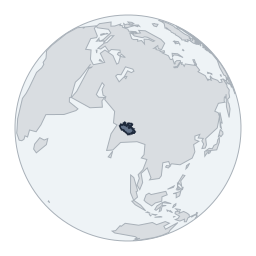 the Earth from above Madhya Pradesh, rotated 41°
{"feature_id": "IND-3261", "entity_name": "Madhya Pradesh", "entity_type": "State", "adm_level": 1, "iso_a3": "IND", "parent_name": "India", "parent_adm1": "", "projection": "orthographic", "projection_center": [78.282, 23.967], "detail": "fine", "context": "on_globe", "style": "filled", "palette": "slate", "viewbox_px": 256, "rotation_deg": 41, "n_neighbors": 0, "source": "natural_earth", "source_scale": "10m", "svg_char_len": 13917}
<svg xmlns="http://www.w3.org/2000/svg" viewBox="0 0 256 256"><g transform="rotate(41 128 128)"><circle cx="128" cy="128" r="113" fill="#eef3f6" stroke="#a8b0b8"/><path d="M164.2,21.3L167.0,22.4L172.2,24.5L168.8,23.3L180.7,28.6L186.5,32.2L178.1,27.4L175.8,26.4L178.8,28.3L177.2,27.7L177.7,28.4L175.4,27.7L170.7,25.3L169.2,24.9L171.4,26.3L170.5,26.7L167.5,24.6L165.7,25.2L157.4,22.1L151.1,18.4L144.7,17.3L133.4,15.5L132.6,15.6L127.8,15.4L125.1,15.5L123.8,15.5L122.8,15.7L124.5,15.7L124.6,15.9L123.2,16.1L121.2,15.9L121.7,15.8L120.4,15.9L120.0,15.8L119.4,15.9L117.2,15.9L117.2,16.2L113.6,16.5L112.8,16.5L115.7,16.1L116.8,15.9L124.8,15.4L132.8,15.5L140.8,16.1L148.7,17.3L156.5,19.0L164.2,21.3ZM176.4,26.4L174.5,25.5L176.9,26.6L176.4,26.4ZM178.2,28.6L179.2,29.2L179.0,29.3L178.2,28.6ZM175.4,28.5L174.8,28.8L174.6,28.0L175.4,28.5ZM115.4,16.1L112.9,16.4L115.4,16.1ZM173.9,28.7L172.4,29.7L174.6,30.8L167.6,28.6L171.1,28.2L170.6,27.1L172.2,28.1L173.9,28.7ZM125.7,15.7L123.8,15.6L126.7,15.6L125.7,15.7ZM127.5,15.6L136.3,15.8L138.4,16.2L135.0,15.9L138.8,16.6L135.5,16.6L132.7,16.3L132.0,16.0L131.3,16.3L127.5,15.6ZM163.9,27.4L162.9,27.4L163.1,26.9L163.9,27.4ZM124.9,16.0L126.5,15.9L128.4,16.2L125.6,16.4L125.9,16.2L124.9,16.0ZM141.4,16.8L142.4,17.2L140.0,17.3L140.0,17.5L135.6,16.7L141.4,16.8ZM124.7,16.2L124.1,16.6L121.9,16.7L123.5,16.1L124.7,16.2ZM130.1,16.2L130.9,16.4L129.6,16.3L130.1,16.2ZM113.7,17.5L115.6,17.1L116.7,17.2L113.7,17.5ZM124.1,16.7L124.8,16.7L125.5,16.8L124.7,17.0L124.1,16.7ZM134.2,16.9L133.0,17.0L135.9,17.3L134.2,17.5L131.6,17.0L132.0,17.3L131.5,17.4L130.0,16.9L134.2,16.9ZM125.8,17.5L121.9,17.2L118.2,17.7L117.1,17.6L123.2,16.8L125.8,17.5ZM128.4,17.2L126.5,17.3L126.1,17.0L127.0,16.7L128.4,17.2ZM134.0,18.0L137.3,17.7L137.7,17.8L134.0,18.0ZM124.8,17.7L125.8,17.8L124.6,17.8L124.8,17.7ZM131.3,17.9L132.4,17.7L132.9,17.9L131.3,17.9ZM126.8,18.2L125.6,18.0L126.2,17.8L126.8,18.2ZM129.0,18.1L129.4,18.4L127.2,17.8L129.4,18.0L129.0,18.1ZM131.6,18.1L132.3,18.1L131.1,18.1L131.6,18.1ZM125.2,19.4L122.3,18.7L123.6,18.1L126.3,18.8L125.2,19.4ZM16.2,115.7L19.6,97.3L21.3,92.7L23.9,85.7L37.1,71.6L37.2,74.9L44.5,78.7L45.0,80.4L41.2,85.0L44.4,96.4L48.9,93.3L54.6,100.8L60.3,103.0L67.4,93.8L58.1,89.8L59.4,84.3L69.1,83.2L77.6,87.2L78.3,85.2L75.3,79.0L79.7,76.5L74.6,76.6L74.9,79.1L71.7,79.4L71.2,77.2L72.8,76.3L70.9,74.5L63.9,79.7L63.4,82.8L57.0,81.2L55.6,86.3L53.0,87.6L54.4,79.5L56.1,77.2L56.7,67.7L54.3,69.9L53.6,79.2L52.7,77.9L49.5,81.5L51.3,77.7L52.6,67.5L48.5,66.3L38.9,72.6L37.4,71.7L38.0,68.0L45.7,59.1L48.3,62.4L51.1,59.7L54.2,54.4L54.7,56.0L56.3,54.4L57.7,55.6L63.1,53.5L65.0,54.5L70.6,50.2L72.4,50.2L68.5,52.7L66.9,55.1L72.1,58.1L74.1,57.7L77.3,54.8L78.3,56.2L80.8,53.1L85.4,53.8L81.8,50.4L85.5,47.5L90.2,46.3L90.8,44.8L83.1,46.8L80.7,48.3L79.6,50.4L72.3,54.4L69.8,54.2L75.0,48.1L72.0,47.3L77.3,43.3L94.7,39.5L100.1,40.0L101.9,46.9L98.6,48.2L96.4,46.3L95.3,50.8L96.9,49.1L97.7,50.4L101.5,48.4L102.2,49.2L104.5,45.9L105.9,46.8L104.4,48.9L111.1,47.0L114.9,48.5L116.0,47.7L116.2,46.4L120.9,49.3L121.5,48.6L120.2,47.4L120.6,45.2L123.2,42.8L124.7,43.9L124.0,44.9L124.7,49.1L122.5,52.0L123.4,52.2L125.6,50.0L124.8,44.9L125.9,43.1L126.8,45.4L126.5,44.4L127.6,43.9L130.0,44.6L129.2,42.1L138.5,36.2L144.1,37.3L143.9,39.6L151.9,37.8L157.6,39.9L156.4,38.6L159.5,37.3L157.7,36.6L157.4,35.9L164.4,33.2L167.2,33.7L168.9,31.7L168.3,31.2L166.3,30.6L167.6,28.6L174.6,30.8L175.7,31.9L179.4,32.8L181.2,35.4L184.5,38.1L184.3,40.9L186.9,43.1L188.1,43.3L192.5,46.7L197.4,53.7L188.3,47.3L179.8,38.1L182.8,41.6L180.6,40.7L180.8,42.0L183.0,44.7L184.2,45.0L180.0,50.1L182.5,58.4L186.0,57.3L189.5,59.3L195.3,69.4L193.6,85.1L198.3,89.3L199.4,92.5L197.3,95.0L195.6,90.4L192.2,89.3L191.6,86.5L187.5,89.5L186.4,85.7L183.8,90.2L186.2,93.0L190.2,91.5L188.4,97.5L194.1,102.1L196.2,108.6L191.4,121.6L184.4,126.4L184.2,128.5L180.7,126.6L177.1,131.4L184.5,142.2L184.7,145.6L178.3,153.0L178.0,150.5L168.7,145.5L167.7,153.7L174.8,159.5L177.3,166.8L172.2,165.1L169.6,158.6L166.3,156.6L166.6,149.6L162.9,139.4L157.7,141.9L157.6,137.6L151.6,129.3L143.8,132.4L131.9,143.8L131.0,154.5L126.6,159.0L119.0,143.5L117.7,132.9L113.7,133.7L107.0,124.2L91.8,121.8L90.8,118.9L87.7,119.6L83.2,116.0L82.0,111.2L78.8,110.8L82.1,123.5L85.7,124.0L90.3,120.3L90.5,124.6L95.0,129.1L86.0,137.7L65.3,142.1L65.2,133.9L59.4,108.8L60.6,106.6L60.7,106.3L60.7,105.7L58.2,109.2L57.9,104.4L58.9,121.3L58.2,128.0L65.0,142.5L63.9,143.5L66.6,146.8L77.7,146.4L77.3,149.0L70.9,159.7L57.2,171.8L60.2,182.7L61.1,191.1L55.0,194.1L58.1,200.7L55.4,201.5L56.9,204.9L56.1,207.3L53.9,208.6L47.3,204.8L44.9,201.5L38.6,193.3L28.9,174.9L28.4,168.6L27.0,162.4L22.5,146.0L23.4,139.2L22.7,135.2L20.9,134.2L20.4,129.3L19.6,128.1L15.9,123.2L16.2,115.7ZM29.5,80.5L28.4,82.4L29.5,80.5ZM84.6,96.9L91.0,99.0L91.5,91.9L94.0,92.2L93.3,89.8L91.5,91.4L90.2,85.1L94.2,84.0L95.2,81.2L93.0,80.4L86.0,83.5L87.8,92.4L84.9,94.5L84.6,96.9ZM63.8,45.4L63.0,46.9L60.8,48.4L58.4,48.0L61.6,45.8L63.8,45.4ZM62.5,48.8L68.3,43.4L70.0,43.7L68.1,44.4L68.7,45.2L65.7,46.5L61.7,52.5L59.4,54.2L56.2,52.0L58.5,51.7L59.1,50.1L62.5,48.8ZM80.1,31.7L82.6,30.1L83.1,32.8L80.6,34.0L78.1,33.4L79.5,31.7L80.1,31.7ZM108.7,17.2L109.7,17.0L110.2,17.0L109.8,17.1L108.7,17.2ZM114.5,17.3L105.2,18.4L105.8,18.1L99.6,19.6L98.8,19.4L102.8,18.5L97.6,19.6L100.9,18.7L97.2,19.7L106.2,17.5L109.0,17.0L106.2,17.6L106.9,17.6L108.0,17.5L113.2,16.9L119.5,16.1L121.1,16.3L120.7,16.7L119.4,16.9L118.7,16.6L117.5,17.1L115.6,16.9L114.5,17.3ZM113.9,25.0L113.7,23.9L110.9,26.2L109.0,25.5L108.8,25.8L106.2,25.8L102.8,26.5L102.3,26.0L101.2,26.5L99.5,26.7L97.8,27.3L96.3,26.7L94.1,27.4L94.7,26.8L91.3,28.2L93.2,26.9L91.1,27.2L90.4,28.3L86.7,25.4L83.7,25.7L80.2,26.8L83.9,24.8L89.6,22.7L95.7,21.2L98.0,21.4L99.3,20.7L100.8,20.6L99.2,21.2L102.5,20.3L103.3,20.5L108.7,20.0L113.1,18.9L115.2,18.8L113.9,19.4L116.9,19.0L115.8,20.0L117.3,20.1L117.7,21.3L114.3,22.6L116.2,22.6L116.6,23.7L113.9,25.0ZM125.2,19.7L121.6,21.1L118.7,21.4L119.2,19.2L118.1,19.0L118.3,17.9L122.4,17.5L122.0,17.8L122.5,18.0L121.0,18.0L122.6,18.2L122.0,18.7L123.1,19.1L121.7,19.4L125.2,19.7ZM47.2,79.3L47.9,80.1L49.3,80.8L47.3,83.2L47.2,79.3ZM48.0,72.3L48.9,72.5L46.7,75.9L46.0,75.2L48.0,72.3ZM51.2,69.8L49.1,72.2L49.8,70.5L51.2,69.8ZM69.5,52.8L70.7,53.0L70.1,53.7L68.6,54.5L69.5,52.8ZM105.5,32.8L105.8,31.9L106.6,31.7L109.3,29.8L110.9,30.4L110.0,31.8L105.5,32.8ZM64.8,94.8L62.1,96.1L61.7,94.8L62.7,94.6L64.8,94.8ZM53.5,89.5L55.2,92.0L52.9,90.1L53.5,89.5ZM107.8,33.1L108.7,32.2L108.9,33.1L107.8,33.1ZM112.3,30.8L112.9,31.6L111.4,30.3L112.3,30.8ZM115.9,235.1L117.9,235.8L115.9,235.7L115.9,235.1ZM77.3,194.1L75.1,206.9L70.6,205.8L68.1,201.4L67.8,193.2L72.6,192.1L74.4,188.6L77.3,194.1ZM200.4,179.3L202.9,179.0L202.8,179.5L200.4,179.3ZM197.8,178.4L200.8,177.8L197.2,179.5L197.8,178.4ZM202.0,177.6L205.0,175.8L206.3,174.7L206.0,175.8L202.0,177.6ZM195.7,178.9L183.8,181.2L178.9,180.7L180.2,178.8L188.1,177.9L195.7,178.9ZM179.8,178.9L172.2,175.1L160.8,161.7L164.9,161.6L176.6,169.1L175.9,170.7L180.5,173.9L179.8,178.9ZM197.8,166.6L197.0,171.2L190.5,172.2L187.5,172.0L185.5,166.6L186.6,163.4L189.1,163.1L198.1,151.0L201.4,152.7L198.8,157.7L201.5,161.1L197.8,166.6ZM131.6,155.5L134.6,161.8L132.0,162.8L131.6,155.5ZM201.2,142.9L198.0,148.3L200.8,141.4L201.2,142.9ZM202.6,136.7L203.1,139.0L201.4,137.1L202.6,136.7ZM184.6,131.8L182.0,132.8L181.7,131.1L184.9,128.9L184.6,131.8ZM197.7,114.2L198.7,119.0L198.5,120.8L196.9,118.1L197.7,114.2ZM123.3,38.7L117.7,40.6L114.7,42.7L114.8,45.0L112.3,42.7L116.8,39.4L123.3,38.7ZM136.5,36.3L136.4,34.6L138.0,35.0L138.3,35.5L136.5,36.3ZM135.3,35.5L132.2,34.0L133.2,32.9L135.5,34.2L135.3,35.5ZM119.8,33.0L118.0,33.5L117.9,32.7L119.8,33.0ZM205.5,209.7L206.3,209.0L206.8,208.5L205.5,209.7ZM210.4,204.8L209.1,206.1L209.7,205.5L207.8,207.4L206.6,208.1L208.4,205.1L206.5,206.9L209.5,203.4L206.1,206.9L206.6,205.0L204.8,205.2L186.9,215.9L183.7,216.2L186.0,213.6L186.1,206.9L187.3,206.8L188.4,201.8L199.8,194.4L208.4,183.3L213.0,182.2L217.5,174.2L221.7,172.7L219.5,178.6L222.7,179.8L227.7,166.6L226.8,177.6L227.3,180.0L224.1,186.7L219.9,193.2L210.4,204.8ZM237.9,152.5L238.1,151.6L238.1,151.9L237.9,152.5ZM206.6,178.0L210.4,173.6L212.2,172.7L206.6,178.0ZM238.0,151.5L237.8,152.0L237.9,151.3L238.0,151.5ZM238.3,149.9L238.4,149.0L238.2,150.8L238.3,149.9ZM238.1,148.9L238.2,149.9L238.0,149.2L238.1,148.9ZM237.8,149.6L237.5,149.4L237.6,149.1L237.8,149.6ZM232.2,156.6L233.5,160.5L232.0,161.8L230.4,159.8L228.2,164.2L223.8,166.1L225.1,163.5L224.8,160.7L219.7,161.8L218.7,160.1L220.7,157.9L217.0,157.7L221.0,155.2L222.5,158.8L224.7,154.5L228.0,153.6L230.9,153.3L232.8,154.9L232.2,156.6ZM220.7,164.6L221.3,164.3L220.6,165.8L220.7,164.6ZM237.0,148.1L237.4,149.4L237.2,150.0L237.0,148.1ZM233.3,153.8L235.6,148.6L236.0,148.3L234.5,153.4L233.3,153.8ZM235.2,146.8L236.1,146.4L236.4,148.0L236.2,148.7L235.2,146.8ZM212.5,163.8L212.3,165.0L211.2,164.4L212.5,163.8ZM214.0,162.6L217.2,162.7L213.7,163.7L214.0,162.6ZM203.2,161.6L204.3,164.2L207.7,161.4L205.1,164.7L207.2,168.7L206.4,170.7L204.3,166.3L203.2,171.7L201.7,172.0L201.0,167.8L202.7,162.0L204.2,159.3L210.3,156.7L203.2,161.6ZM214.0,159.1L213.1,156.1L213.8,153.7L214.8,155.1L214.0,159.1ZM210.1,149.0L207.4,145.8L205.1,148.0L209.4,141.2L211.4,145.3L210.1,149.0ZM207.3,141.1L205.3,143.0L207.2,139.2L207.3,141.1ZM204.6,141.9L204.0,139.2L205.8,139.1L204.6,141.9ZM208.5,140.9L208.3,136.2L209.5,138.6L208.5,140.9ZM202.5,133.3L206.8,136.8L201.7,136.2L200.1,127.4L202.2,126.6L202.5,133.3ZM205.4,94.6L204.1,92.3L205.6,91.2L206.1,93.1L205.4,94.6ZM209.3,86.3L205.6,90.2L202.4,93.6L204.0,94.4L204.5,98.9L201.3,95.5L202.6,90.1L205.2,88.3L204.3,84.7L205.5,81.7L203.3,77.6L203.4,75.5L206.2,78.7L209.3,86.3ZM202.2,75.9L198.7,68.7L202.1,68.8L203.7,70.3L203.8,73.6L202.0,73.3L202.2,75.9ZM198.9,67.1L197.1,66.9L188.2,57.7L187.2,55.9L195.7,62.4L194.5,62.6L196.1,65.0L198.9,67.1ZM163.9,27.9L163.0,27.4L164.2,27.7L163.9,27.9ZM156.4,35.6L156.1,34.8L157.6,35.0L156.4,35.6ZM156.2,32.6L154.7,32.9L155.6,32.1L156.2,32.6ZM151.5,33.8L153.8,32.8L152.5,34.5L151.5,33.8Z" fill="#d9dde1" stroke="#a8b0b8" stroke-width="1"/><path d="M128.1,122.3L128.5,122.5L128.8,122.4L128.8,122.5L129.0,122.6L129.2,122.8L129.3,123.1L129.3,123.3L129.2,123.5L129.2,123.8L128.9,124.3L128.8,124.5L128.5,124.8L128.2,124.9L128.1,125.1L127.9,125.2L128.2,125.6L128.1,126.0L127.8,126.2L127.9,126.4L128.0,126.7L127.9,126.9L128.0,127.0L128.1,127.3L128.3,127.3L128.3,127.1L128.7,127.4L128.8,127.4L128.9,127.5L129.2,127.1L129.1,126.9L129.1,126.7L128.8,126.7L128.8,126.3L128.7,126.1L128.6,125.8L128.5,125.6L128.4,125.4L128.5,125.2L128.8,125.3L128.8,125.1L128.9,124.9L128.9,125.1L129.0,125.1L129.1,124.9L129.1,125.0L129.2,125.4L129.0,125.5L129.3,125.4L129.4,125.5L129.5,125.6L129.8,125.6L129.7,125.4L129.8,125.2L129.9,125.3L129.8,125.5L129.9,125.4L130.1,125.4L129.9,125.7L129.9,125.8L130.0,125.8L130.0,125.7L130.1,125.8L130.3,125.6L130.6,125.6L130.8,125.6L130.9,125.4L131.2,125.2L131.3,125.3L131.4,125.1L131.5,125.1L131.6,125.4L131.8,125.5L131.6,125.8L131.8,125.9L132.0,125.8L131.9,125.8L131.9,125.7L132.0,125.7L132.2,125.8L132.3,125.8L132.3,125.7L132.2,125.6L132.4,125.6L132.5,125.5L132.4,126.0L132.5,126.0L132.9,126.0L133.0,126.1L133.2,125.9L133.3,125.7L133.5,125.6L133.8,125.5L134.1,125.8L134.3,125.8L134.4,126.0L134.5,126.1L134.8,126.3L135.0,126.2L135.0,126.3L135.2,126.5L135.4,126.6L135.4,126.4L135.7,126.5L135.9,126.4L135.9,126.5L136.0,126.5L136.0,127.0L136.0,127.4L135.9,127.5L136.0,127.6L136.1,127.8L135.9,128.0L135.6,128.3L134.8,128.2L134.7,128.2L134.3,128.3L134.1,128.1L134.1,128.4L134.1,128.6L134.0,128.9L134.3,128.8L134.6,128.8L134.8,129.1L135.0,129.2L135.0,129.5L134.8,129.6L134.6,129.7L134.6,129.9L134.3,130.1L134.3,130.5L134.1,130.6L133.9,130.8L133.7,130.9L133.4,130.9L133.2,130.9L133.2,131.0L133.0,131.4L133.0,131.6L132.9,131.6L133.0,131.7L132.9,131.7L132.7,131.9L132.6,132.2L132.6,132.3L132.5,132.9L132.4,133.1L132.0,133.0L131.9,133.0L131.9,132.9L131.7,132.7L131.2,132.7L130.9,132.8L130.8,132.7L130.7,132.7L130.3,132.8L130.3,132.6L130.2,132.5L129.8,132.4L129.7,132.4L129.7,132.5L129.2,132.7L129.2,132.8L128.9,132.9L128.6,132.9L128.4,132.8L128.2,132.6L127.8,132.7L127.6,132.9L127.3,133.0L127.1,133.0L126.9,133.1L126.7,133.1L126.4,132.8L126.7,132.8L126.7,132.4L126.3,132.3L126.1,132.4L125.9,132.4L125.7,132.5L125.3,132.6L125.2,132.9L125.1,133.0L125.0,133.3L124.7,133.5L124.3,133.7L124.1,133.6L124.1,133.4L124.0,133.1L123.6,133.0L122.9,133.1L122.4,133.0L122.2,132.9L122.1,132.7L121.8,132.5L121.5,132.5L121.1,132.3L121.1,132.2L121.1,131.9L120.9,131.7L120.7,131.9L120.4,131.9L120.5,131.6L120.3,131.3L120.3,131.1L120.5,131.1L120.6,130.9L120.4,130.9L120.3,130.7L120.5,130.8L120.7,130.6L120.9,130.5L121.1,130.2L120.9,130.0L120.8,129.7L121.0,129.7L121.6,129.5L121.5,129.4L121.2,129.3L121.2,129.2L121.3,129.1L121.8,128.8L122.0,128.5L121.9,128.1L122.1,127.8L121.9,127.6L121.9,127.4L121.6,127.3L121.7,127.2L121.9,127.0L121.8,126.9L121.6,126.9L121.8,126.5L121.7,126.4L121.8,126.3L121.9,126.6L122.1,126.5L122.1,126.3L121.8,126.3L121.8,126.0L122.1,126.2L122.3,126.1L122.3,125.9L122.7,125.8L122.7,126.0L122.8,126.1L122.7,126.2L122.5,126.3L122.9,126.5L123.3,126.4L123.5,126.4L123.6,126.5L123.7,126.9L123.6,127.0L123.5,126.9L123.4,127.1L123.5,127.2L123.6,127.3L123.5,127.6L123.4,127.9L123.2,127.9L123.0,128.0L123.3,128.3L123.4,128.2L123.5,128.1L123.9,128.0L123.9,127.9L124.1,127.6L124.1,127.3L124.2,127.2L124.3,127.2L124.3,127.3L124.7,127.4L124.8,127.5L125.0,127.4L125.1,127.5L125.3,127.6L125.5,127.6L125.4,127.3L125.4,126.8L125.5,126.8L125.8,126.9L125.7,126.6L125.4,126.4L125.3,126.2L125.5,126.2L125.4,125.9L125.5,125.9L126.1,125.7L126.3,125.8L126.4,125.7L126.4,125.4L126.3,125.2L126.2,125.1L126.0,125.3L125.9,125.3L125.6,125.4L125.3,125.3L125.2,125.2L124.9,125.0L124.9,124.9L124.8,124.5L124.9,124.4L125.1,124.1L125.3,124.1L125.6,123.8L125.7,123.7L125.8,123.7L126.0,123.5L126.3,123.3L126.5,123.3L126.5,123.2L126.8,123.1L127.0,123.0L127.2,122.9L127.3,122.8L127.3,122.7L127.5,122.6L127.7,122.4L127.8,122.5L127.8,122.4L128.0,122.4L128.1,122.3Z" fill="#64748b" stroke="#1e293b" stroke-width="1.5"/></g></svg>